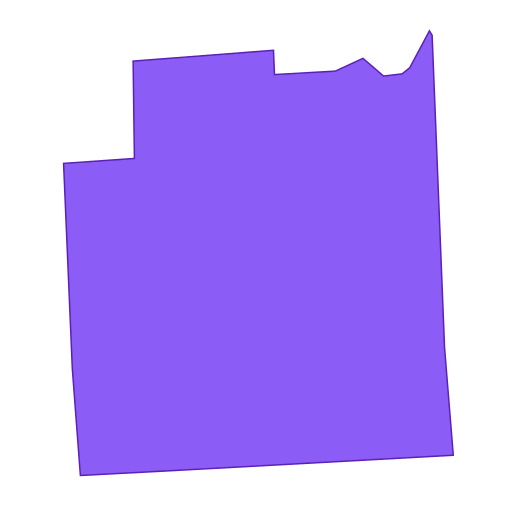 Clay, Illinois, United States of America (Albers equal-area conic projection), rotated 266°
{"feature_id": "52423323B31422881251864", "entity_name": "Clay", "entity_type": "district", "adm_level": 2, "iso_a3": "USA", "parent_name": "United States of America", "parent_adm1": "Illinois", "projection": "albers", "projection_center": [-88.411, 38.757], "detail": "fine", "context": "isolated", "style": "filled", "palette": "violet", "viewbox_px": 512, "rotation_deg": 266, "n_neighbors": 0, "source": "geoboundaries", "source_scale": "gbopen_adm2", "svg_char_len": 379}
<svg xmlns="http://www.w3.org/2000/svg" viewBox="0 0 512 512"><g transform="rotate(266 256 256)"><path d="M49.3,65.5L47.5,172.4L43.5,438.9L151.3,437.7L463.9,447.1L468.5,444.7L433.1,422.5L427.5,414.5L426.6,395.8L445.7,376.5L434.9,348.0L435.7,287.1L460.0,287.8L459.0,147.0L361.8,141.5L361.8,70.5L156.2,64.9L49.3,65.5Z" fill="#8b5cf6" stroke="#5b21b6" stroke-width="1.5"/></g></svg>